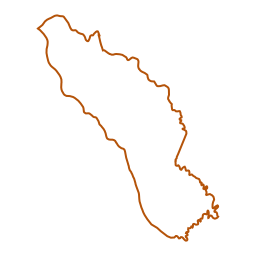 outline of Luabo, Zambezia, Mozambique
{"feature_id": "85939544B83504353793512", "entity_name": "Luabo", "entity_type": "district", "adm_level": 2, "iso_a3": "MOZ", "parent_name": "Mozambique", "parent_adm1": "Zambezia", "projection": "equal_earth", "projection_center": [36.12, -18.323], "detail": "fine", "context": "isolated", "style": "outline", "palette": "amber", "viewbox_px": 256, "rotation_deg": 0, "n_neighbors": 0, "source": "geoboundaries", "source_scale": "gbopen_adm2", "svg_char_len": 5851}
<svg xmlns="http://www.w3.org/2000/svg" viewBox="0 0 256 256"><path d="M167.5,87.0L165.1,85.5L164.4,85.2L162.8,85.4L160.2,86.1L158.0,86.2L157.5,86.1L157.0,85.9L156.2,84.9L155.4,83.4L155.1,83.1L155.0,82.8L154.2,81.5L151.6,81.3L150.8,81.1L149.5,80.4L148.5,79.5L147.7,77.3L147.4,75.1L147.0,74.6L144.9,73.1L143.7,72.5L142.3,71.9L141.0,71.1L140.0,70.2L139.4,69.2L139.1,69.1L138.5,67.9L138.2,66.5L138.2,65.1L138.5,61.9L138.3,60.6L137.6,59.4L137.2,59.1L133.7,57.7L132.5,57.5L131.3,58.0L131.2,58.2L129.1,59.8L128.1,60.1L127.6,59.9L127.2,59.4L126.7,58.1L126.2,57.3L122.4,54.9L119.8,54.3L116.4,54.0L115.1,54.1L113.1,54.7L111.7,54.7L110.3,54.1L109.5,54.0L108.8,53.4L108.3,53.2L104.5,50.4L103.5,50.2L102.9,50.4L101.9,47.1L101.3,45.6L100.3,42.0L99.1,36.7L98.6,35.2L98.7,34.3L99.1,34.5L98.4,32.6L97.9,31.5L97.4,31.3L97.0,31.3L95.9,31.9L93.9,33.9L93.4,34.8L93.0,35.3L92.5,35.4L91.5,35.2L90.5,35.8L90.1,36.5L90.0,37.1L89.5,38.7L88.7,40.4L88.3,41.0L87.9,41.2L87.1,41.0L85.9,39.9L85.6,39.2L85.0,37.2L84.3,35.9L83.2,34.5L82.0,34.0L80.6,33.7L78.6,32.9L77.5,32.1L76.6,31.0L75.9,30.4L75.3,30.2L73.1,30.4L72.2,30.1L71.4,29.6L71.3,29.3L70.7,28.5L70.6,28.2L70.4,28.0L68.3,23.0L63.8,16.8L63.3,16.5L62.8,16.3L60.0,16.1L57.1,15.4L55.2,15.7L54.2,16.1L50.4,18.2L49.7,18.4L47.1,19.7L45.0,21.4L42.4,25.0L39.3,27.5L38.6,27.9L37.9,28.6L40.0,30.1L43.7,34.0L44.6,35.3L46.4,37.9L47.4,40.2L47.7,41.9L47.6,43.9L47.4,45.6L46.6,49.1L46.5,52.9L47.1,56.4L48.1,60.6L48.8,62.7L50.6,65.5L51.8,66.7L55.1,69.4L56.4,70.8L59.4,74.9L60.5,76.9L61.4,79.5L61.5,82.4L61.4,83.2L61.2,87.4L61.5,89.5L62.0,91.0L63.6,93.8L64.1,94.5L64.7,95.0L66.4,95.9L69.9,96.1L73.1,97.0L74.7,97.9L78.3,100.7L80.7,103.5L83.1,107.0L83.5,108.3L83.9,111.7L84.2,112.3L85.3,113.1L85.8,113.4L88.8,113.3L89.6,113.6L91.9,115.4L92.6,116.2L93.1,116.6L94.0,117.1L95.7,117.3L96.6,118.0L98.5,121.2L99.5,124.4L101.2,126.0L102.0,127.1L102.8,128.0L103.0,128.3L103.6,129.0L104.7,130.9L105.6,133.3L106.3,136.4L106.8,137.8L107.4,138.7L109.0,139.5L110.9,139.7L112.5,139.7L113.8,140.0L114.6,140.5L115.2,140.9L115.8,142.0L116.0,142.2L116.1,142.6L116.4,142.8L118.0,145.4L119.0,146.5L119.7,147.1L120.2,147.3L121.4,148.2L122.9,148.6L123.7,149.0L124.4,149.7L125.0,151.3L126.2,157.7L128.2,164.3L128.2,164.6L128.7,165.9L129.0,167.8L129.7,170.0L131.3,172.3L131.5,173.0L132.2,174.2L133.2,176.9L134.1,178.6L134.7,180.6L135.4,183.1L135.6,184.2L136.4,186.6L138.7,192.8L139.0,194.4L139.3,199.1L139.6,201.5L141.4,207.5L142.4,209.9L143.1,211.9L143.7,213.2L144.8,215.3L147.4,219.3L151.4,224.4L157.2,227.9L160.8,231.2L167.3,236.2L170.9,237.7L174.3,237.5L175.9,236.0L176.7,236.0L177.5,236.5L178.8,238.2L179.0,238.4L180.0,238.2L180.7,237.3L180.9,237.1L181.3,237.1L182.0,237.2L183.0,237.9L183.2,238.3L183.9,239.0L184.1,239.3L185.2,240.3L185.7,240.6L186.3,240.6L186.8,240.5L187.3,239.9L187.4,239.2L187.0,238.1L186.2,237.4L185.8,236.8L185.8,236.1L186.3,235.8L187.4,235.4L187.6,235.0L187.5,234.4L187.2,233.8L186.0,233.2L186.1,232.9L186.2,232.5L186.6,232.1L188.3,231.9L188.5,231.3L188.1,229.3L188.3,228.3L188.5,228.4L190.3,228.1L190.6,227.9L191.4,226.4L191.6,226.4L191.9,226.6L192.1,227.2L192.5,227.5L192.7,227.2L192.9,226.3L193.0,224.5L193.4,224.0L194.1,223.9L196.0,224.7L196.9,224.6L197.9,224.3L198.1,224.0L198.2,222.9L197.9,221.9L197.7,221.0L198.1,220.3L198.3,220.1L198.8,220.0L199.3,220.3L199.7,220.9L200.5,221.5L200.7,221.3L200.8,220.8L200.4,219.2L200.5,218.8L201.8,218.4L202.3,218.5L202.5,217.8L202.8,215.5L203.1,214.6L203.8,214.1L204.7,213.9L205.1,213.9L206.3,214.3L206.6,214.3L207.1,213.9L207.2,213.3L207.4,211.3L207.7,210.7L207.9,210.6L208.2,210.8L208.7,212.2L208.7,214.1L208.2,217.5L208.3,218.0L208.6,217.9L209.3,216.5L210.3,215.6L210.6,215.5L211.6,215.8L212.8,217.6L213.3,218.0L214.5,218.6L215.2,218.6L216.6,218.1L217.6,217.4L218.1,216.6L217.7,216.4L217.4,215.7L217.3,215.3L217.1,213.6L216.6,212.5L216.1,212.2L214.7,211.9L214.5,211.7L214.4,211.3L214.8,210.3L215.3,209.9L215.8,208.9L217.1,208.0L217.5,207.5L218.0,206.9L218.1,206.4L217.9,205.7L217.4,205.4L215.8,206.3L213.9,207.9L213.8,208.2L213.3,208.3L212.8,208.1L212.5,207.1L212.6,204.2L213.1,202.1L214.1,199.7L213.9,198.3L213.4,196.7L213.1,196.5L212.8,196.0L212.2,195.5L212.1,195.3L210.4,194.4L210.0,194.1L209.1,194.2L206.6,195.0L206.1,194.7L206.5,193.2L206.5,192.2L206.4,191.5L205.8,190.4L205.8,190.1L206.0,189.2L206.6,188.8L207.1,188.2L207.2,187.9L207.2,187.0L206.8,186.3L206.5,186.3L205.7,187.0L205.4,187.7L205.2,187.9L204.9,188.5L204.5,189.0L204.0,189.1L203.7,188.9L203.4,188.7L203.8,186.0L203.7,185.3L203.4,184.7L203.1,184.5L202.9,184.5L201.8,185.2L201.3,184.8L201.3,184.5L201.7,183.1L201.6,182.8L201.3,182.5L200.6,182.7L200.2,182.5L200.0,182.1L199.9,181.2L199.7,180.2L199.0,179.0L196.2,178.0L194.8,176.7L193.4,176.0L192.0,174.6L191.6,174.5L189.7,175.0L189.3,174.7L189.4,173.1L189.4,172.1L189.0,170.8L188.4,170.5L186.2,170.7L185.8,170.1L185.4,168.3L185.1,167.4L184.7,166.7L184.2,166.8L182.6,167.9L181.4,169.7L181.2,169.8L180.7,169.6L180.2,169.1L179.4,166.5L179.2,166.3L178.6,165.5L178.2,165.3L177.4,165.8L176.9,165.8L176.5,165.7L175.9,165.4L175.7,165.1L175.6,164.5L175.6,163.2L175.4,161.6L175.5,161.0L175.8,160.9L175.8,160.6L175.5,160.0L175.6,159.7L175.7,159.4L176.6,158.4L176.7,157.7L176.8,156.9L178.0,154.3L186.4,133.7L186.3,131.7L185.9,130.8L183.9,129.6L182.7,129.2L182.6,128.9L182.7,128.7L184.3,128.4L184.7,127.9L184.6,127.0L184.1,125.7L182.8,123.9L182.2,123.6L180.3,123.2L180.1,122.8L180.3,121.9L181.2,121.0L181.2,120.2L180.2,120.0L179.7,119.5L179.6,118.9L180.6,117.9L181.6,117.4L181.7,117.1L181.5,116.1L180.9,115.3L180.6,114.3L180.5,112.9L179.9,111.3L179.7,111.1L179.2,111.1L177.2,111.4L176.3,111.3L176.0,111.3L174.7,110.2L174.0,110.0L172.9,110.2L172.5,110.0L172.1,109.4L171.6,105.7L171.8,104.1L170.7,103.0L169.6,101.6L169.3,100.9L169.0,100.7L168.8,100.0L168.3,99.4L168.1,98.8L168.2,97.3L169.0,94.9L168.9,90.1L168.7,88.7L168.2,87.7L167.5,87.0Z" fill="none" stroke="#b45309" stroke-width="2"/></svg>